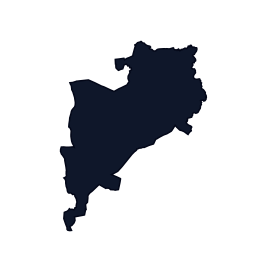 Matkules pag., Kandavas, Latvia (Mercator projection), rotated 340°
{"feature_id": "27541924B52205717280809", "entity_name": "Matkules pag.", "entity_type": "district", "adm_level": 2, "iso_a3": "LVA", "parent_name": "Latvia", "parent_adm1": "Kandavas", "projection": "mercator", "projection_center": [22.582, 56.979], "detail": "fine", "context": "isolated", "style": "filled", "palette": "ink", "viewbox_px": 256, "rotation_deg": 340, "n_neighbors": 0, "source": "geoboundaries", "source_scale": "gbopen_adm2", "svg_char_len": 5592}
<svg xmlns="http://www.w3.org/2000/svg" viewBox="0 0 256 256"><g transform="rotate(340 128 128)"><path d="M197.6,68.1L194.1,67.9L192.4,67.2L191.7,66.8L190.5,66.5L189.2,65.9L184.2,64.4L182.6,64.2L181.5,64.5L180.8,64.9L180.1,65.0L178.5,64.5L177.9,63.7L177.5,62.6L176.6,61.8L175.5,61.2L175.3,60.8L175.2,60.4L175.3,60.2L175.7,60.0L176.7,59.9L176.9,59.7L176.5,58.6L174.4,57.3L173.0,55.7L172.8,55.4L172.4,54.1L172.2,53.8L170.6,52.9L170.2,51.4L169.7,51.1L169.1,51.3L166.2,51.1L163.7,52.3L163.4,52.4L163.0,52.2L162.8,52.7L163.3,53.4L162.7,53.8L161.8,55.0L158.2,60.1L157.1,61.9L151.9,62.3L151.9,62.2L151.0,62.2L148.1,62.7L148.0,61.1L143.6,60.2L139.5,59.2L139.3,59.8L138.1,63.7L138.7,64.2L138.0,65.0L137.4,67.0L137.4,67.8L138.7,70.5L139.0,70.6L141.1,70.4L143.3,70.6L145.8,67.4L147.5,67.3L148.5,67.5L149.1,69.7L150.4,69.7L150.3,72.0L151.6,72.6L151.1,74.6L149.0,75.0L148.9,76.3L147.7,77.7L145.9,79.3L145.0,81.4L144.9,83.1L145.3,84.4L141.7,87.2L135.2,87.9L133.1,88.0L129.4,88.6L128.3,88.8L127.3,88.8L125.0,86.7L119.3,81.0L117.5,79.6L112.3,74.2L107.2,69.3L95.5,66.4L95.4,66.5L91.5,66.3L88.9,65.6L88.9,67.1L89.2,68.9L88.6,71.7L88.3,72.8L88.6,75.2L88.3,81.0L87.3,85.9L86.9,86.9L86.2,88.5L85.1,89.9L81.9,91.7L80.9,92.6L80.1,93.6L79.6,94.6L76.7,98.6L75.6,101.0L74.0,103.9L72.8,106.6L72.9,107.3L73.7,108.3L73.7,110.7L73.6,111.4L72.1,114.8L71.5,116.5L70.6,121.0L70.5,123.0L70.9,125.8L70.8,127.8L69.8,126.9L66.7,126.1L63.3,124.9L61.0,123.8L58.8,123.1L57.4,125.0L56.6,126.9L56.6,129.7L57.2,131.3L58.1,135.2L57.5,137.0L56.5,143.0L55.4,147.9L55.1,147.8L54.2,150.1L53.9,151.8L52.7,152.8L50.7,153.0L51.4,154.7L51.5,155.2L51.3,156.8L50.7,158.4L50.0,161.7L50.0,164.2L49.5,166.5L49.6,167.8L49.9,168.6L50.1,168.8L50.7,169.1L51.6,169.2L52.2,169.7L53.4,171.7L54.3,171.7L54.9,172.0L55.1,173.0L54.8,173.7L54.8,174.0L55.2,176.8L55.3,176.8L55.1,177.5L54.8,179.8L54.7,180.4L53.9,181.2L53.8,181.7L53.3,182.3L52.8,183.2L52.3,184.8L50.7,184.9L50.4,185.6L49.2,186.3L47.6,185.2L46.0,184.8L45.3,183.8L44.4,184.6L42.6,185.4L39.3,185.5L36.7,191.2L36.7,191.6L36.6,196.7L36.7,200.6L36.1,202.3L36.1,202.6L36.5,203.5L38.2,204.5L39.9,204.9L39.6,200.6L42.0,200.3L44.8,198.7L46.6,196.7L47.4,193.2L55.2,194.5L57.4,194.8L60.0,190.5L60.3,189.6L60.8,190.0L61.7,186.2L62.1,185.1L64.5,183.9L66.3,180.1L66.9,178.4L67.4,177.6L69.6,176.1L72.9,175.0L81.5,171.2L86.4,177.0L86.5,176.9L89.5,178.0L90.6,180.0L93.4,181.1L94.7,182.0L97.9,182.6L101.8,176.4L103.6,173.2L103.5,172.9L100.8,170.2L96.5,166.2L103.5,165.2L109.0,162.3L122.6,154.1L126.6,152.2L126.8,152.3L128.4,151.7L129.0,150.9L129.2,151.0L129.5,150.8L130.8,150.9L131.5,150.7L133.5,151.3L135.2,151.2L136.6,151.8L141.6,151.5L146.5,151.7L150.1,148.1L151.5,148.0L154.2,147.4L159.1,146.7L162.6,146.7L167.5,145.8L168.8,145.0L173.2,141.6L173.9,143.5L175.8,147.4L176.2,147.9L177.6,148.8L179.6,150.7L181.2,153.2L182.2,154.6L183.9,153.3L184.9,152.8L186.5,152.3L186.6,152.0L186.4,151.3L186.5,151.0L186.7,150.7L186.9,150.5L186.9,150.2L187.2,150.0L187.4,149.3L187.8,149.3L188.1,149.1L188.2,148.7L187.9,148.0L186.9,146.9L185.9,146.1L185.2,144.8L184.8,144.2L184.6,143.8L184.8,143.4L184.6,142.6L185.1,141.8L185.4,141.6L185.9,141.9L186.8,140.7L186.7,140.0L186.9,139.6L187.8,139.2L190.2,139.5L190.6,139.4L191.4,139.6L191.5,139.2L191.9,138.7L192.4,138.7L192.8,138.4L193.5,137.0L193.6,136.6L193.7,136.4L194.7,136.2L195.2,136.0L196.3,136.9L196.6,136.9L196.9,137.2L196.9,137.3L198.0,137.4L199.1,137.2L200.7,135.8L201.0,135.4L201.3,135.3L201.9,134.7L202.4,134.5L202.9,133.7L203.0,133.5L203.3,132.9L203.8,131.7L204.3,131.4L204.6,131.4L204.9,131.2L205.0,130.9L205.1,130.5L205.0,129.8L205.1,129.5L205.9,129.1L205.9,128.9L205.4,127.6L205.4,127.2L205.5,127.1L205.8,127.0L206.4,127.2L207.1,127.2L208.2,127.6L208.7,127.9L208.7,128.1L208.4,128.3L208.5,128.6L208.8,128.5L209.3,128.6L209.5,128.7L211.0,127.8L211.4,127.0L211.4,126.7L212.0,126.3L212.0,126.0L211.5,125.7L211.6,125.2L212.4,125.0L212.5,124.8L212.4,123.8L212.4,122.8L212.2,122.5L212.3,121.8L212.6,121.5L212.8,121.0L212.0,118.0L211.1,116.7L210.5,116.5L210.7,115.5L210.9,114.8L211.6,114.2L211.6,113.9L211.5,112.8L211.7,111.9L211.7,111.7L212.4,111.0L212.5,110.8L211.8,110.1L212.1,109.4L212.1,108.9L212.4,108.4L212.4,108.2L212.0,107.8L212.0,107.6L212.0,107.2L212.2,106.8L212.0,106.4L211.7,106.2L209.7,105.9L208.4,105.4L207.8,104.9L207.1,104.0L206.9,103.2L206.9,102.7L207.1,101.9L208.1,100.6L209.6,99.6L210.2,99.3L210.5,98.6L210.5,98.0L210.9,97.2L210.9,96.7L210.7,96.5L210.8,95.9L210.7,95.5L210.6,95.2L210.1,94.9L209.3,95.0L209.1,94.9L208.8,94.3L208.2,93.7L208.2,93.4L209.1,92.2L210.5,91.1L210.6,90.7L210.5,90.3L210.4,89.7L210.4,89.4L210.6,89.2L211.2,88.9L211.6,88.9L212.1,89.3L212.5,89.3L213.0,88.6L213.4,88.2L214.0,88.2L214.5,88.0L214.8,87.3L214.9,86.2L214.1,83.6L213.5,82.6L213.5,82.0L214.3,81.6L215.5,81.5L216.3,80.7L218.5,79.2L219.5,77.9L219.9,76.8L219.9,76.1L218.7,75.6L217.9,74.9L217.8,74.6L217.5,74.4L216.4,74.5L216.1,74.0L216.1,73.7L215.7,73.2L215.8,72.6L215.7,72.1L215.6,71.9L215.2,71.7L214.6,71.7L214.3,72.0L214.1,72.8L213.9,72.8L213.6,72.7L213.3,72.0L213.1,71.8L212.6,71.7L212.4,71.8L212.3,72.1L212.4,72.4L212.4,72.6L211.1,72.9L210.8,73.3L210.3,73.5L209.5,73.2L209.3,72.7L208.8,72.4L207.6,72.7L206.7,72.6L206.4,72.9L206.1,73.0L205.4,72.8L205.2,72.5L205.0,72.4L204.6,72.8L204.2,72.7L203.7,73.1L203.4,72.9L203.4,72.6L203.2,72.5L202.8,72.9L202.7,72.8L202.6,72.4L202.8,72.2L202.8,71.9L202.6,71.3L202.3,71.6L201.8,71.8L201.6,71.7L201.6,71.3L201.4,71.2L201.1,71.7L200.6,71.9L200.3,71.3L200.2,71.1L199.6,71.0L199.1,70.6L198.8,70.6L198.6,70.4L198.1,69.5L198.0,69.0L198.1,68.7L197.6,68.5L197.5,68.3L197.6,68.1Z" fill="#0f172a" stroke="#020617" stroke-width="1.5"/></g></svg>